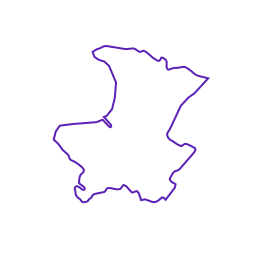 the County of South Tipperary, rotated 305°
{"feature_id": "IRL-5572", "entity_name": "South Tipperary", "entity_type": "County", "adm_level": 1, "iso_a3": "IRL", "parent_name": "Ireland", "parent_adm1": "", "projection": "mercator", "projection_center": [-7.948, 52.469], "detail": "fine", "context": "isolated", "style": "outline", "palette": "violet", "viewbox_px": 256, "rotation_deg": 305, "n_neighbors": 0, "source": "natural_earth", "source_scale": "10m", "svg_char_len": 2544}
<svg xmlns="http://www.w3.org/2000/svg" viewBox="0 0 256 256"><g transform="rotate(305 128 128)"><path d="M214.7,165.2L194.5,162.5L187.8,160.1L176.5,158.5L151.7,162.9L147.0,163.1L145.8,163.4L144.6,164.2L143.2,166.2L142.7,168.0L142.5,169.4L142.8,171.6L142.9,177.5L143.5,181.6L144.0,182.2L146.8,183.3L147.6,183.8L148.2,184.5L148.5,185.3L148.8,186.3L149.2,188.3L149.5,190.5L149.9,194.8L148.7,195.7L146.3,196.2L124.0,193.9L122.3,193.3L121.1,192.6L119.9,191.4L118.6,191.0L116.8,190.7L111.4,191.1L109.9,191.7L109.1,193.4L108.9,194.7L108.9,196.0L109.2,198.1L109.2,199.2L107.4,200.0L105.8,200.6L90.8,200.0L91.3,197.6L91.2,196.8L90.7,195.7L85.6,194.3L83.1,192.9L82.2,191.8L81.3,190.2L80.4,186.5L79.3,182.8L76.4,180.2L80.8,174.2L81.1,173.0L81.4,171.6L80.8,170.8L80.1,170.3L79.2,169.8L78.3,169.2L77.5,168.3L77.7,166.6L79.3,159.9L79.1,158.0L78.5,156.9L73.8,156.7L72.5,155.6L71.1,153.5L68.9,148.6L67.7,146.5L66.5,145.4L63.3,145.6L62.0,145.3L55.4,139.0L53.9,138.0L52.6,137.6L50.6,137.9L49.5,137.8L47.6,137.1L46.0,136.9L45.3,136.9L45.2,137.0L44.6,136.8L43.7,136.2L41.8,134.4L41.3,133.1L41.3,132.0L42.1,130.0L42.3,127.0L42.5,125.7L42.8,124.8L43.2,123.9L43.7,123.1L45.8,121.4L47.3,119.5L47.7,119.2L48.3,118.9L49.1,118.7L50.0,118.9L50.6,119.2L51.0,119.5L51.2,119.9L51.3,120.4L51.4,121.4L51.5,122.6L51.4,125.6L51.6,126.7L52.2,127.4L53.1,127.6L53.9,126.9L54.5,125.5L54.5,122.1L54.7,119.7L54.9,119.4L57.6,117.7L60.2,116.5L62.2,116.0L63.2,116.1L65.1,116.6L66.1,116.7L67.0,116.6L67.7,116.3L68.1,116.0L68.4,115.7L68.7,115.3L69.0,114.6L69.5,112.6L69.7,110.9L69.8,108.8L69.8,104.6L69.5,102.2L69.0,99.5L69.2,98.3L69.6,97.4L70.8,96.1L71.4,94.9L71.9,93.2L72.5,87.7L72.8,86.2L74.6,81.5L75.2,78.9L75.9,73.8L83.8,70.8L90.8,70.8L100.1,81.1L111.8,95.3L114.9,99.0L120.2,102.4L118.3,111.8L118.5,113.1L119.2,113.4L120.1,113.1L120.8,112.2L123.2,102.0L125.7,103.6L134.4,104.1L145.6,99.7L158.4,92.1L167.9,77.1L168.9,70.6L167.1,65.1L167.0,59.8L170.0,55.4L173.8,56.9L174.6,57.3L177.6,59.5L181.0,61.3L181.7,61.9L182.3,62.7L183.3,64.3L191.3,80.9L196.1,86.5L196.5,87.5L196.8,88.9L196.8,92.8L197.2,94.1L198.1,94.9L199.9,96.1L200.4,97.2L200.6,98.7L200.5,101.5L199.8,108.3L200.0,112.9L200.3,114.0L200.8,114.9L201.9,115.3L204.6,114.9L205.2,115.4L205.5,116.3L205.6,118.5L205.5,119.3L205.4,120.0L205.1,120.6L204.7,121.3L203.4,122.5L200.9,124.0L199.7,125.1L199.2,125.9L198.9,126.7L199.0,127.6L199.8,128.4L203.0,130.7L204.2,132.0L205.2,133.5L210.2,138.7L210.7,140.0L211.0,141.7L210.9,147.1L210.6,149.9L210.4,152.3L211.1,155.9L214.7,165.2Z" fill="none" stroke="#5b21b6" stroke-width="2"/></g></svg>